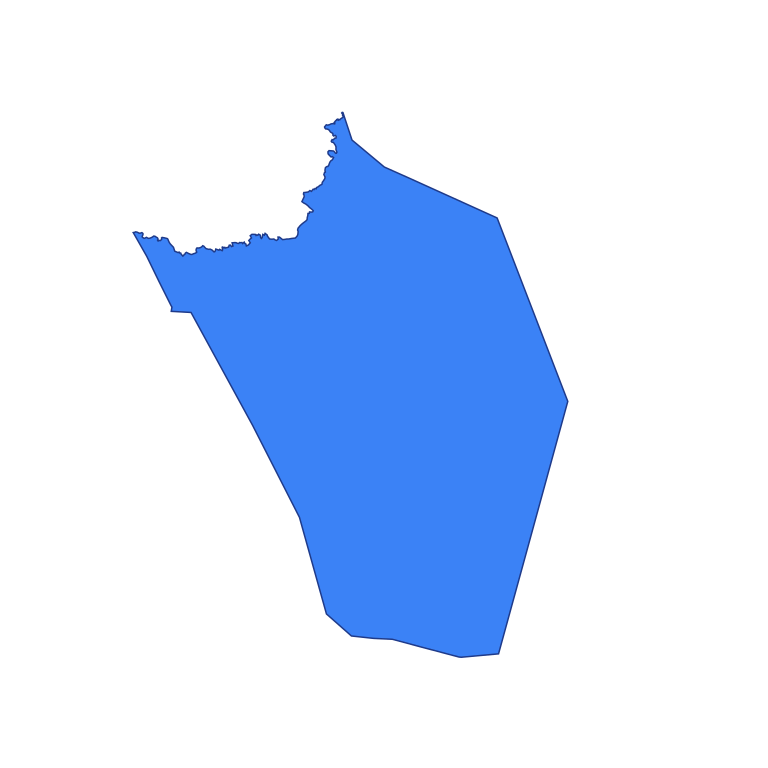 San Miguel Tenango, Oaxaca, Mexico (Natural Earth projection), rotated 139°
{"feature_id": "50627088B60096120896365", "entity_name": "San Miguel Tenango", "entity_type": "district", "adm_level": 2, "iso_a3": "MEX", "parent_name": "Mexico", "parent_adm1": "Oaxaca", "projection": "natural_earth1", "projection_center": [-95.556, 16.228], "detail": "fine", "context": "isolated", "style": "filled", "palette": "blue", "viewbox_px": 768, "rotation_deg": 139, "n_neighbors": 0, "source": "geoboundaries", "source_scale": "gbopen_adm2", "svg_char_len": 3915}
<svg xmlns="http://www.w3.org/2000/svg" viewBox="0 0 768 768"><g transform="rotate(139 384 384)"><path d="M236.9,615.8L237.3,616.4L238.1,616.3L238.3,614.8L238.5,614.3L239.2,613.7L238.9,612.6L240.3,612.2L241.2,612.4L243.1,612.6L244.0,612.4L244.4,613.0L245.4,613.0L245.5,613.5L245.0,613.8L245.0,614.2L246.2,614.6L246.4,614.2L247.9,614.4L250.0,614.0L249.9,613.2L250.6,612.7L251.1,613.3L251.5,613.9L253.4,615.1L254.8,615.4L256.7,616.3L257.5,617.5L259.2,617.2L260.1,617.1L260.6,616.4L260.7,614.8L259.7,613.8L258.9,612.3L258.9,611.0L259.1,609.3L258.3,606.8L258.8,605.8L259.3,605.4L259.3,604.2L257.7,603.6L257.6,602.3L258.1,601.7L259.0,601.1L260.1,601.9L261.3,601.6L262.4,601.7L262.8,602.5L264.5,601.9L264.7,600.8L264.2,600.0L263.7,599.6L264.0,596.5L264.6,594.5L266.5,592.4L266.9,591.3L267.4,589.9L268.5,589.4L269.1,589.8L269.2,590.8L269.1,591.8L269.2,592.9L270.4,594.2L272.4,596.2L274.0,596.0L275.2,594.4L275.2,592.7L275.0,590.0L273.9,589.6L273.5,588.0L274.7,587.5L276.1,587.1L277.7,587.3L278.8,587.1L280.2,586.5L282.1,585.4L283.6,585.0L284.1,585.4L284.9,585.7L286.3,585.7L288.3,584.1L289.2,582.4L289.4,582.4L290.0,582.7L292.0,581.5L292.7,578.9L294.0,577.8L296.8,577.0L298.2,576.7L299.9,575.4L302.1,576.0L304.3,576.0L306.0,576.5L307.0,575.8L307.8,576.8L309.2,576.6L309.6,577.5L312.4,577.0L313.0,578.6L315.0,578.6L316.3,579.3L316.9,579.7L318.0,580.4L318.9,581.1L320.2,580.2L320.3,579.2L321.4,577.7L326.3,575.5L325.8,573.2L325.0,571.2L324.5,568.6L324.4,566.1L323.8,562.9L323.7,561.2L324.8,560.7L325.7,561.1L327.3,562.7L328.4,561.8L328.9,562.2L329.5,562.6L330.9,561.2L332.7,560.0L334.2,558.5L336.1,558.3L338.7,558.5L340.2,558.6L341.8,558.6L343.7,558.5L345.2,558.2L346.6,558.0L348.2,556.9L348.7,555.5L350.9,553.4L352.3,552.7L355.1,552.3L358.3,554.5L360.7,555.9L362.4,557.3L363.8,558.1L365.8,559.5L366.5,563.4L367.6,564.4L368.7,562.8L370.9,562.8L371.5,563.8L372.0,565.7L373.6,566.8L375.2,568.5L375.1,570.0L374.9,572.2L374.4,573.0L374.9,575.7L376.7,574.8L377.3,576.4L379.9,574.4L381.1,574.3L381.0,575.5L379.7,577.5L380.3,579.3L381.7,579.1L382.1,579.9L383.1,580.0L382.8,581.1L384.1,582.4L385.5,583.6L387.7,583.7L388.2,581.2L390.2,581.2L391.9,581.0L392.3,578.3L395.2,577.9L397.3,578.5L396.4,580.3L396.8,581.3L396.4,582.8L398.5,582.7L398.4,584.0L399.4,584.6L400.1,585.5L401.4,585.4L402.4,586.4L402.9,587.7L403.8,588.6L406.0,590.2L407.5,587.2L408.9,587.7L408.8,589.6L409.7,590.3L411.6,589.3L414.7,590.8L414.5,591.6L415.6,591.9L415.8,593.2L416.4,593.4L417.8,591.1L418.7,590.8L419.7,593.5L420.8,593.3L421.5,594.6L422.4,596.2L423.8,595.3L424.8,594.9L425.6,595.2L425.9,598.0L426.7,599.8L428.1,600.8L429.5,603.0L429.6,604.6L429.6,606.3L430.1,607.3L431.2,607.1L432.7,607.3L434.2,607.9L435.1,608.6L435.9,609.4L437.3,609.0L438.4,607.8L438.8,606.4L440.2,606.4L441.0,606.7L442.3,607.3L443.8,607.7L444.7,608.4L445.7,610.4L446.3,611.8L446.8,613.0L448.0,613.1L448.8,612.6L449.7,612.9L450.7,612.5L451.9,612.5L451.9,615.2L451.5,616.2L452.3,617.0L452.1,618.0L453.2,618.3L454.8,621.5L453.2,625.3L453.4,629.8L453.2,631.7L452.6,633.7L452.1,635.2L452.1,635.8L452.5,636.5L454.0,638.6L455.3,640.2L456.1,640.2L456.8,639.1L457.8,639.0L458.8,639.0L459.5,639.9L460.2,639.9L460.7,640.2L460.5,641.2L459.7,641.4L459.2,642.2L459.1,643.1L459.5,644.2L459.9,645.7L460.7,646.7L462.7,646.9L465.0,647.6L466.4,648.6L466.8,649.8L467.1,650.6L468.2,650.8L469.1,651.1L469.5,651.3L469.8,652.4L470.1,653.2L469.6,654.1L468.6,654.5L467.8,655.0L467.3,655.5L467.2,656.2L467.4,657.1L467.9,657.3L468.9,657.7L469.8,658.4L470.1,659.1L470.5,660.2L471.0,661.0L471.8,661.9L472.3,661.9L473.9,662.8L479.3,636.0L486.4,609.6L491.4,590.2L493.2,583.2L493.6,581.2L496.9,578.4L482.7,564.6L510.3,439.0L535.3,338.8L542.9,322.8L578.3,248.2L573.9,215.2L558.7,198.8L545.2,185.9L528.3,160.8L506.5,128.7L505.6,127.8L505.5,127.7L505.1,127.2L474.6,105.2L387.0,163.5L256.7,250.3L189.7,435.1L230.0,523.0L241.4,547.5L248.1,589.1L236.9,615.8Z" fill="#3b82f6" stroke="#1e3a8a" stroke-width="1.5"/></g></svg>